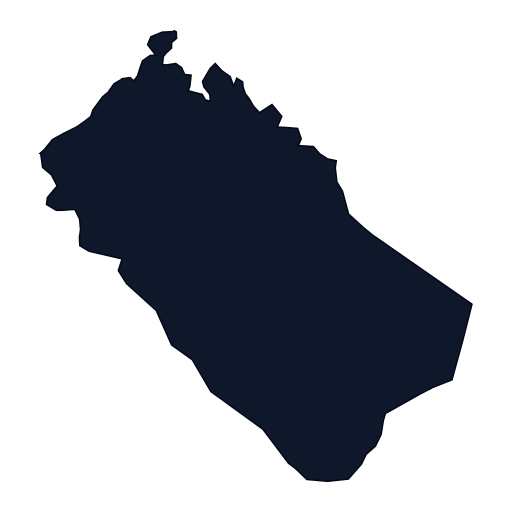 Palaiomylos, Limassol, Cyprus
{"feature_id": "46923920B61941903243281", "entity_name": "Palaiomylos", "entity_type": "district", "adm_level": 2, "iso_a3": "CYP", "parent_name": "Cyprus", "parent_adm1": "Limassol", "projection": "equal_earth", "projection_center": [32.822, 34.928], "detail": "fine", "context": "isolated", "style": "filled", "palette": "ink", "viewbox_px": 512, "rotation_deg": 0, "n_neighbors": 0, "source": "geoboundaries", "source_scale": "gbopen_adm2", "svg_char_len": 1441}
<svg xmlns="http://www.w3.org/2000/svg" viewBox="0 0 512 512"><path d="M79.8,245.7L89.2,251.3L122.1,258.9L118.3,270.6L126.5,283.6L156.2,310.5L171.6,345.0L192.3,359.8L210.9,391.6L262.9,429.3L288.6,463.4L295.1,468.2L306.9,479.5L327.6,481.3L348.3,479.1L361.5,464.1L366.1,454.4L375.4,446.2L381.2,434.4L383.3,420.8L385.4,413.5L419.6,394.3L432.9,387.4L452.0,379.8L462.6,341.2L472.0,304.2L372.1,234.7L362.8,227.0L348.6,214.0L342.5,191.2L336.9,181.9L335.3,168.0L336.3,160.7L327.6,158.9L319.7,153.8L313.4,146.5L298.4,145.6L301.2,138.8L297.6,128.4L286.6,127.5L277.3,127.0L281.8,116.4L272.0,104.5L259.5,112.6L253.7,106.4L249.3,98.9L245.3,93.6L243.2,87.3L242.6,81.8L236.7,78.2L233.8,86.1L230.1,76.5L222.1,70.9L215.2,63.5L210.1,68.5L202.5,81.5L203.8,86.8L209.7,94.3L210.4,101.1L205.4,99.9L202.2,94.3L197.1,93.1L188.3,90.7L189.9,86.2L191.1,75.1L184.7,74.5L181.6,67.6L175.8,63.5L166.6,64.9L162.5,64.7L163.3,56.7L165.9,53.3L171.6,48.0L171.6,42.5L176.6,38.4L176.3,31.9L174.3,30.7L172.8,31.6L162.3,32.1L150.9,36.7L147.6,44.7L155.7,55.2L150.3,55.4L142.5,60.8L139.8,68.5L137.6,75.7L133.9,80.8L130.0,77.6L122.0,78.7L121.0,79.7L114.1,83.7L108.0,92.3L102.6,96.8L92.9,109.9L90.7,116.6L83.8,121.9L76.5,127.0L64.2,133.1L52.5,139.5L44.2,149.7L40.0,153.4L40.7,153.5L42.6,167.4L51.5,175.0L57.1,186.0L47.4,197.5L46.5,204.5L56.3,210.3L61.8,210.3L71.3,209.6L74.9,209.6L79.6,219.1L80.5,229.7L79.4,237.3L79.8,245.7Z" fill="#0f172a" stroke="#020617" stroke-width="1.5"/></svg>